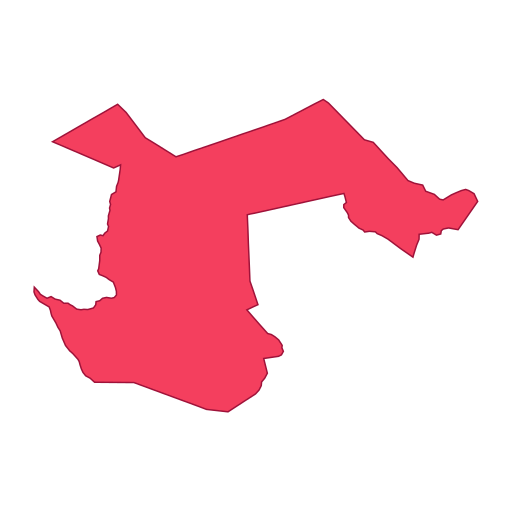 Pesqueira, Pernambuco, Brazil (Natural Earth projection), rotated 269°
{"feature_id": "56859067B17199071441830", "entity_name": "Pesqueira", "entity_type": "district", "adm_level": 2, "iso_a3": "BRA", "parent_name": "Brazil", "parent_adm1": "Pernambuco", "projection": "natural_earth1", "projection_center": [-36.75, -8.43], "detail": "fine", "context": "isolated", "style": "filled", "palette": "rose", "viewbox_px": 512, "rotation_deg": 269, "n_neighbors": 0, "source": "geoboundaries", "source_scale": "gbopen_adm2", "svg_char_len": 2503}
<svg xmlns="http://www.w3.org/2000/svg" viewBox="0 0 512 512"><g transform="rotate(269 256 256)"><path d="M132.6,92.4L131.6,131.7L119.7,162.3L106.4,196.6L103.5,203.8L100.7,225.3L111.2,242.0L118.1,253.1L121.9,256.7L126.3,259.0L130.0,259.4L133.7,262.6L138.6,265.3L153.4,261.9L155.3,276.8L156.7,279.7L160.2,281.7L163.7,280.3L166.2,280.6L171.7,277.2L174.9,273.5L177.2,270.0L178.3,266.3L187.8,258.1L194.3,252.6L202.3,245.9L205.4,252.7L207.3,257.1L223.4,252.0L231.0,249.5L244.8,249.2L268.7,248.6L281.2,248.4L297.4,248.0L298.1,251.0L298.8,255.2L314.4,331.7L315.5,337.3L317.0,345.0L313.7,346.0L307.9,347.3L305.9,344.7L302.8,344.6L297.8,348.0L295.3,349.2L292.8,349.2L289.0,351.6L285.9,355.0L283.8,357.5L282.1,359.4L280.1,363.5L278.1,365.1L278.7,369.8L278.1,375.8L276.3,377.5L274.2,382.2L270.6,388.2L260.9,400.7L252.1,412.9L255.4,413.9L264.1,416.8L269.9,419.3L274.9,419.5L275.8,429.1L276.6,432.2L273.7,436.8L274.8,441.1L278.1,441.7L279.7,443.7L280.7,449.0L278.8,458.5L306.7,478.6L314.5,475.1L317.7,469.9L318.9,466.8L317.8,462.4L315.7,457.1L313.7,452.4L308.8,444.1L309.6,440.6L314.5,435.4L317.8,426.8L324.0,423.9L326.0,415.5L328.8,409.2L341.9,398.6L350.9,390.0L367.6,375.2L370.3,366.4L407.7,331.1L411.3,326.0L407.1,317.3L392.1,287.4L386.5,270.3L385.0,265.9L378.3,244.9L370.5,221.1L364.2,201.4L362.4,195.7L358.5,184.0L356.6,177.7L369.4,158.0L372.1,153.8L376.2,147.3L385.0,140.9L401.7,128.7L410.1,120.3L406.8,114.3L401.6,105.0L397.0,96.5L373.8,54.6L356.9,92.2L352.6,101.7L346.5,115.2L349.5,122.2L344.8,121.7L334.4,120.0L331.9,119.4L328.1,117.8L322.6,117.1L320.0,112.6L316.7,111.7L313.1,110.7L310.1,111.5L306.5,110.4L304.2,110.8L298.7,109.1L295.8,109.1L290.6,108.1L288.1,109.1L283.6,108.0L281.5,105.2L279.0,103.4L279.7,100.7L278.2,97.3L273.7,97.9L270.2,99.7L266.6,101.3L262.5,101.1L259.4,99.8L254.2,99.7L246.1,98.5L243.9,97.5L240.3,99.0L239.1,102.0L237.4,105.6L234.8,109.0L232.4,112.9L227.0,114.9L223.1,115.8L219.4,115.8L216.9,113.5L216.3,110.7L217.2,105.8L216.4,101.8L214.0,99.0L213.2,95.3L210.0,94.9L206.9,92.6L205.4,86.9L205.7,83.0L205.3,80.1L206.0,75.8L209.3,71.7L210.6,69.2L212.1,67.2L212.1,63.0L215.2,59.3L216.4,54.4L219.0,50.4L217.4,46.3L220.0,41.9L221.5,39.7L224.2,37.9L228.7,33.8L226.4,33.6L224.0,33.4L221.0,34.4L216.4,37.2L214.4,38.9L208.7,48.3L205.3,49.5L202.2,50.1L199.6,50.8L192.5,54.8L188.2,56.7L184.6,58.9L177.3,60.9L169.8,64.0L164.3,68.2L161.7,71.1L155.8,76.2L153.5,77.4L150.2,78.2L146.2,79.4L142.6,81.0L139.2,83.6L136.8,87.9L132.6,92.4Z" fill="#f43f5e" stroke="#9f1239" stroke-width="1.5"/></g></svg>